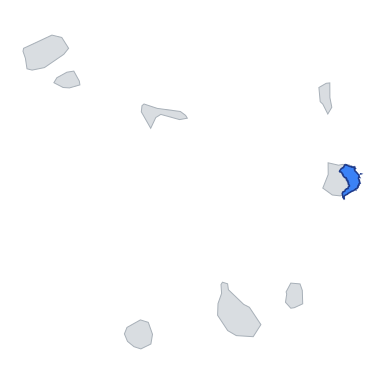 location of Sao Joao Baptista, Boa Vista, Cabo Verde
{"feature_id": "66160863B76154481217824", "entity_name": "Sao Joao Baptista", "entity_type": "district", "adm_level": 2, "iso_a3": "CPV", "parent_name": "Cabo Verde", "parent_adm1": "Boa Vista", "projection": "orthographic", "projection_center": [-22.721, 16.095], "detail": "fine", "context": "in_parent", "style": "filled", "palette": "blue", "viewbox_px": 384, "rotation_deg": 0, "n_neighbors": 0, "source": "geoboundaries", "source_scale": "gbopen_adm2", "svg_char_len": 5415}
<svg xmlns="http://www.w3.org/2000/svg" viewBox="0 0 384 384"><path d="M260.9,324.6L253.2,336.7L236.3,335.6L227.7,330.6L217.6,315.3L218.0,303.6L221.6,293.4L221.0,284.5L222.5,282.2L227.6,283.8L228.4,289.7L243.7,304.4L249.4,307.3L260.9,324.6ZM44.4,67.6L32.1,70.1L27.0,68.8L25.4,58.3L23.0,51.3L23.6,48.3L51.9,35.1L61.8,37.5L68.6,48.3L63.8,54.3L44.4,67.6ZM328.1,162.8L338.6,165.2L342.6,164.4L349.3,164.9L356.5,171.8L357.9,179.2L354.3,188.4L340.3,195.9L332.3,195.0L322.8,188.1L328.2,174.5L328.1,162.8ZM150.9,344.0L140.9,348.9L134.0,346.7L127.5,341.4L124.4,333.9L127.0,327.4L140.4,319.9L148.3,322.4L152.5,334.3L150.9,344.0ZM180.4,111.5L185.6,115.4L187.3,118.2L179.6,119.6L160.8,114.4L155.8,117.5L150.7,128.3L141.3,111.8L142.0,105.7L144.0,104.0L157.3,108.4L180.4,111.5ZM294.3,307.7L290.8,308.2L285.5,302.3L286.7,294.0L286.1,291.9L290.8,283.1L300.0,283.9L302.3,290.4L302.7,303.8L294.3,307.7ZM79.9,84.9L69.5,87.9L63.1,87.5L53.9,82.7L56.9,77.7L66.9,72.2L73.8,71.1L79.3,81.1L79.9,84.9ZM331.8,107.3L327.8,114.0L322.8,104.1L320.2,101.7L318.9,87.5L326.2,83.3L329.8,82.9L329.9,97.6L331.8,107.3Z" fill="#d9dde1" stroke="#a8b0b8" stroke-width="1"/><path d="M343.6,198.3L343.7,197.7L344.1,196.6L344.6,195.8L345.2,195.3L345.8,194.9L346.7,194.6L347.2,194.3L347.5,194.2L347.8,193.9L347.8,193.7L348.0,193.5L348.0,193.4L349.5,192.7L350.3,192.2L350.6,191.9L350.9,191.7L351.0,191.8L351.3,191.5L351.5,191.4L352.0,191.1L352.3,191.2L353.0,190.8L353.4,190.8L353.6,190.7L353.8,190.5L354.1,190.3L354.3,189.9L354.6,189.8L354.7,189.6L355.0,189.5L355.3,189.6L355.5,189.7L355.4,189.4L355.5,189.2L355.7,188.8L355.8,188.7L356.2,188.6L356.3,188.7L356.3,188.8L356.5,188.8L356.7,188.5L356.8,188.5L357.0,188.5L357.1,188.4L357.2,188.2L357.3,188.1L357.5,187.9L357.7,187.7L357.8,187.6L358.0,187.4L358.0,187.0L358.1,186.9L357.9,186.7L358.0,186.4L357.9,186.4L358.0,186.2L358.1,185.8L358.1,185.7L358.3,185.7L358.4,185.2L358.7,185.1L358.8,184.8L358.8,184.7L359.0,184.8L359.0,184.5L359.0,184.3L359.1,184.2L359.1,183.8L359.2,183.7L359.4,183.7L359.5,183.6L359.6,183.3L359.5,183.1L359.6,182.9L360.0,182.9L359.9,182.7L359.8,182.8L359.6,182.6L359.6,182.4L359.7,182.5L359.7,182.4L359.6,182.2L359.4,181.7L359.4,181.4L359.5,181.3L359.4,181.2L359.2,180.9L359.4,180.7L359.4,180.2L359.2,180.1L359.2,179.9L358.8,179.4L358.8,179.2L358.7,179.1L358.4,178.4L358.5,177.9L358.5,177.6L358.7,177.2L358.8,177.0L358.9,176.9L359.1,177.0L359.4,177.1L359.2,176.8L359.1,176.6L359.1,176.1L358.9,175.9L358.9,175.7L359.0,174.9L358.6,174.7L357.9,174.1L357.8,173.9L357.5,173.6L357.4,173.5L357.4,173.4L357.2,173.3L357.0,173.0L357.0,172.9L356.6,172.6L356.4,172.3L356.1,172.0L355.9,171.9L355.2,171.2L354.9,170.8L354.6,170.0L354.5,169.7L354.8,169.4L354.7,169.3L354.8,169.2L354.9,168.9L355.0,168.8L354.9,168.8L354.8,168.7L354.6,168.8L354.4,168.6L354.4,168.4L354.5,168.1L354.7,167.9L354.8,167.9L354.7,167.9L354.8,167.6L354.9,167.4L354.7,167.4L354.6,167.7L354.4,167.7L354.2,167.6L354.3,167.5L354.3,167.4L354.2,167.5L353.9,167.5L353.8,167.3L353.8,167.2L353.7,167.0L353.5,166.9L353.1,167.0L352.9,167.2L352.7,167.2L352.3,167.2L352.1,167.0L352.1,166.8L352.0,166.7L351.8,166.5L351.5,166.7L351.3,166.6L351.2,166.8L351.1,166.7L350.9,166.4L350.5,166.6L350.0,166.6L349.9,166.5L349.6,166.4L349.3,166.2L349.0,166.2L348.8,166.0L348.4,166.0L348.3,165.9L347.8,165.6L347.5,165.4L347.0,165.2L346.7,165.0L346.6,164.9L346.5,165.0L346.4,165.1L346.2,164.9L345.8,165.0L345.6,164.9L345.6,165.0L345.2,164.9L345.1,164.7L344.7,165.0L344.4,165.5L344.1,165.9L344.1,166.4L344.1,166.7L343.8,166.8L343.7,166.8L343.6,167.1L343.2,167.4L342.9,168.0L342.7,168.0L342.6,167.9L342.4,167.8L341.9,168.3L341.7,168.4L341.3,168.7L341.1,169.0L340.8,169.1L340.7,169.3L340.7,169.5L340.4,169.8L340.3,170.0L340.1,170.2L340.0,170.3L339.8,170.6L339.8,170.8L339.6,171.0L339.5,171.5L340.0,172.0L340.3,172.0L340.5,172.0L340.6,171.9L340.9,172.1L341.1,172.1L341.2,172.3L341.4,172.3L341.5,172.5L341.8,172.7L341.9,173.1L342.0,173.1L342.1,173.4L342.2,173.5L342.3,173.8L342.3,174.0L342.6,174.1L342.7,174.5L343.0,174.5L343.0,174.9L343.1,175.0L342.9,175.3L343.0,175.5L343.1,175.8L343.3,176.0L343.5,176.0L343.7,176.3L343.9,176.5L344.0,176.8L344.1,177.0L344.4,177.3L344.5,177.2L344.8,177.3L344.9,177.5L345.2,177.6L345.4,177.7L345.5,177.6L346.1,177.7L346.1,177.8L346.1,178.6L346.4,178.8L346.5,178.8L346.4,179.1L346.5,179.4L346.5,179.5L346.5,179.9L347.0,180.0L347.0,180.3L347.4,180.5L347.6,180.4L347.8,180.6L347.8,181.0L347.5,180.9L347.4,181.1L347.4,181.3L347.5,181.6L347.8,181.6L348.0,181.7L348.2,181.9L348.2,182.1L348.2,182.4L348.1,182.6L348.2,182.8L348.4,182.8L348.6,183.0L348.4,183.3L348.2,183.7L348.3,184.0L348.5,184.3L348.5,184.6L348.9,184.6L349.0,184.7L349.0,184.8L349.3,185.1L349.3,185.4L349.4,185.9L349.5,186.0L349.3,186.3L349.1,186.3L348.8,186.5L348.2,187.1L348.2,187.3L348.1,187.5L348.1,187.8L348.1,188.0L348.1,188.5L347.4,188.6L347.0,188.8L346.9,188.7L346.5,188.8L346.4,189.1L346.2,189.2L345.9,189.3L345.5,189.5L345.4,189.8L345.2,189.9L345.1,190.4L344.9,191.1L344.5,191.2L344.4,191.4L344.3,191.5L344.1,191.5L343.9,191.5L343.7,191.6L343.5,191.8L343.4,191.9L343.1,191.8L342.9,191.9L342.7,192.2L342.6,192.4L342.6,192.8L342.3,193.3L342.2,193.6L342.3,193.8L342.3,194.0L342.5,194.4L342.5,195.0L342.8,196.1L342.8,196.4L342.8,197.1L343.0,197.5L343.4,198.0L343.6,198.3ZM361.0,173.9L360.7,173.8L360.4,173.8L360.2,173.9L360.6,173.9L360.7,174.0L361.0,173.9ZM344.3,198.1L344.2,198.1L344.3,198.2L344.3,198.1Z" fill="#3b82f6" stroke="#1e3a8a" stroke-width="1.5"/></svg>